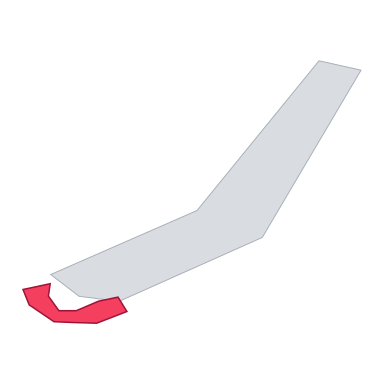 where Southampton sits in Bermuda
{"feature_id": "BMU-5143", "entity_name": "Southampton", "entity_type": "state/province", "adm_level": 1, "iso_a3": "BMU", "parent_name": "Bermuda", "parent_adm1": "", "projection": "albers", "projection_center": [-64.851, 32.259], "detail": "fine", "context": "in_parent", "style": "filled", "palette": "rose", "viewbox_px": 384, "rotation_deg": 0, "n_neighbors": 0, "source": "natural_earth", "source_scale": "10m", "svg_char_len": 431}
<svg xmlns="http://www.w3.org/2000/svg" viewBox="0 0 384 384"><path d="M262.3,237.4L118.9,301.4L79.1,296.3L50.7,274.5L197.0,210.5L319.0,60.8L361.0,70.2L262.3,237.4Z" fill="#d9dde1" stroke="#a8b0b8" stroke-width="1"/><path d="M50.2,283.7L48.4,296.1L58.9,310.7L76.2,310.7L98.5,301.2L118.0,297.1L126.9,311.5L96.7,323.2L72.5,322.5L54.0,321.7L29.2,304.9L23.0,289.5L50.2,283.7Z" fill="#f43f5e" stroke="#9f1239" stroke-width="1.5"/></svg>